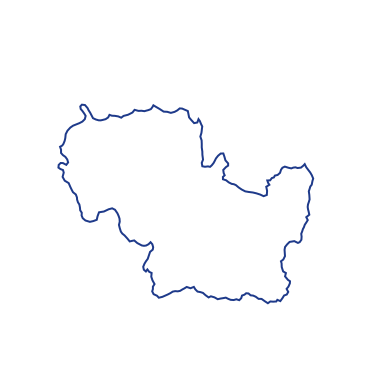 the district of Cajuru, São Paulo, Brazil, rotated 135°
{"feature_id": "56859067B13120232397844", "entity_name": "Cajuru", "entity_type": "district", "adm_level": 2, "iso_a3": "BRA", "parent_name": "Brazil", "parent_adm1": "São Paulo", "projection": "robinson", "projection_center": [-47.318, -21.282], "detail": "fine", "context": "isolated", "style": "outline", "palette": "blue", "viewbox_px": 384, "rotation_deg": 135, "n_neighbors": 0, "source": "geoboundaries", "source_scale": "gbopen_adm2", "svg_char_len": 3883}
<svg xmlns="http://www.w3.org/2000/svg" viewBox="0 0 384 384"><g transform="rotate(135 192 192)"><path d="M92.6,132.0L94.7,131.9L97.7,132.2L100.4,134.3L101.4,136.3L103.1,137.6L105.1,138.5L106.7,141.0L108.4,144.3L110.9,145.2L113.3,144.8L116.2,143.3L119.4,143.5L121.8,145.0L123.8,144.4L125.7,145.4L128.5,145.0L130.6,146.9L131.7,144.7L132.2,142.4L135.8,143.2L138.1,139.7L141.2,137.0L144.3,138.4L145.6,142.0L147.4,145.5L149.3,148.6L152.0,152.1L153.9,154.8L155.1,158.6L155.8,162.2L156.1,165.9L156.9,167.9L158.2,169.7L159.2,172.8L159.6,176.2L161.1,179.1L159.5,180.8L157.1,180.7L156.2,183.0L154.3,185.5L150.4,185.6L147.8,185.1L146.2,186.7L146.0,190.7L144.2,193.9L142.6,197.1L144.5,198.9L147.9,199.2L151.3,198.8L154.3,197.8L156.4,197.2L159.2,196.9L161.4,197.0L162.6,198.8L165.0,200.7L166.5,202.9L164.5,205.7L161.3,207.1L158.4,210.9L156.1,213.3L153.6,216.6L151.0,219.2L148.7,221.7L146.9,225.3L143.6,227.1L142.0,228.3L140.4,229.6L138.4,231.1L137.6,233.5L136.3,236.6L135.9,238.9L139.1,237.4L141.8,239.2L141.6,243.7L141.3,246.8L139.5,249.5L137.7,252.2L140.0,258.0L141.6,259.8L144.7,260.1L147.7,261.0L151.0,262.9L152.8,266.2L155.2,268.9L156.2,273.6L157.3,277.8L158.0,280.6L160.1,280.0L162.5,279.7L165.0,280.8L166.7,281.8L168.5,282.8L170.3,285.2L172.5,287.2L174.5,290.7L177.9,290.3L180.7,291.2L182.7,291.9L186.6,294.2L189.5,294.6L190.7,297.6L192.7,300.4L194.7,302.6L195.8,304.9L198.6,304.0L201.6,304.6L204.0,306.0L205.9,307.2L207.3,308.7L208.7,311.2L209.8,314.2L207.9,320.2L207.3,323.0L206.5,325.2L206.2,329.2L208.1,331.6L210.5,331.5L212.0,329.4L212.2,326.7L212.8,323.3L213.4,321.0L216.3,319.3L219.7,319.3L222.9,320.3L229.2,323.0L232.5,323.6L236.7,323.4L240.4,322.2L243.5,319.7L245.9,318.2L249.0,316.9L250.9,316.6L253.3,317.3L254.7,314.5L257.0,312.2L257.2,309.4L256.7,306.4L257.2,303.2L258.7,300.5L261.7,300.1L262.8,303.7L264.4,305.4L267.1,305.4L269.2,303.7L268.8,301.3L267.7,298.7L269.0,296.4L272.8,294.2L274.0,290.0L272.9,285.5L274.5,281.5L275.6,278.3L276.3,276.0L275.9,272.4L277.2,269.5L278.6,267.9L279.9,265.4L280.5,262.8L282.1,260.4L284.0,258.1L284.6,255.3L286.7,253.4L287.8,250.7L287.5,247.2L285.3,243.1L282.3,241.2L279.0,239.7L276.0,241.6L272.1,243.4L268.1,240.5L263.1,238.7L260.0,236.9L259.0,233.9L259.8,229.6L260.9,226.8L262.1,224.4L264.1,222.1L266.9,220.4L268.6,217.6L270.3,214.3L270.7,211.9L270.4,209.0L270.6,204.8L271.0,201.1L268.9,199.8L267.1,198.6L266.8,194.6L265.3,189.7L264.0,187.9L262.3,186.6L259.7,185.8L256.8,185.8L257.0,183.1L258.5,180.4L260.5,179.0L264.0,179.3L266.2,178.2L270.6,176.0L273.4,175.6L276.3,174.9L279.4,173.6L281.0,171.1L280.8,168.4L278.3,168.8L278.7,165.8L277.8,163.3L280.7,160.9L282.4,157.5L283.6,153.4L286.6,152.7L288.3,151.0L290.4,149.9L291.4,146.9L290.1,143.4L290.2,140.7L287.1,138.8L281.7,136.7L278.9,135.8L276.1,135.2L274.0,133.8L272.3,131.8L270.3,130.5L267.7,129.9L265.8,129.3L262.9,128.6L261.1,125.0L257.8,123.6L258.5,120.8L258.5,117.7L256.8,115.2L255.6,112.9L255.4,109.5L254.8,105.7L252.4,104.9L250.6,101.6L249.6,98.0L247.2,96.5L245.0,94.9L242.8,93.4L241.9,90.7L240.9,88.4L238.9,86.1L236.5,84.8L235.1,82.1L232.3,82.1L229.9,83.4L227.5,82.3L225.3,82.1L223.8,80.3L223.6,77.5L222.0,75.5L221.0,72.9L220.5,69.4L218.4,67.2L217.7,63.0L217.0,59.7L214.0,59.2L212.2,57.1L209.8,55.0L207.9,55.4L206.7,52.4L203.0,53.0L200.1,53.7L197.5,52.5L194.6,53.3L193.6,56.6L190.7,56.9L187.4,58.2L185.8,59.6L186.3,62.0L185.9,66.5L182.9,68.3L183.7,71.4L182.6,73.6L181.6,75.5L179.1,78.2L178.1,80.1L175.2,79.7L171.6,80.9L167.4,85.7L165.1,87.3L161.8,87.7L158.3,87.7L154.4,84.9L153.1,81.1L151.3,80.4L148.4,80.9L146.1,82.9L144.3,85.2L142.0,86.2L139.7,87.4L137.9,87.9L135.4,89.1L132.4,89.7L130.0,90.3L129.0,93.4L125.1,93.0L123.3,95.8L122.2,97.7L120.8,99.6L118.9,101.1L116.5,102.3L114.1,103.6L111.1,107.0L108.9,109.9L106.7,111.0L104.5,112.2L102.2,112.5L98.9,114.7L96.8,115.8L95.4,119.2L94.6,122.2L94.2,125.3L93.7,128.8L92.6,132.0Z" fill="none" stroke="#1e3a8a" stroke-width="2"/></g></svg>